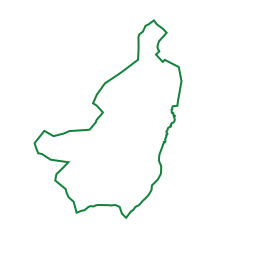 Garun Malam, Kano, Nigeria, rotated 222°
{"feature_id": "59680162B19163785016026", "entity_name": "Garun Malam", "entity_type": "district", "adm_level": 2, "iso_a3": "NGA", "parent_name": "Nigeria", "parent_adm1": "Kano", "projection": "robinson", "projection_center": [8.393, 11.657], "detail": "fine", "context": "isolated", "style": "outline", "palette": "green", "viewbox_px": 256, "rotation_deg": 222, "n_neighbors": 0, "source": "geoboundaries", "source_scale": "gbopen_adm2", "svg_char_len": 1942}
<svg xmlns="http://www.w3.org/2000/svg" viewBox="0 0 256 256"><g transform="rotate(222 128 128)"><path d="M109.5,30.7L107.1,35.5L105.4,37.6L104.5,43.0L103.5,45.0L101.4,46.3L100.2,48.8L99.0,50.5L97.2,52.0L95.1,53.9L89.7,58.6L89.1,58.7L85.9,62.3L81.5,63.8L75.2,60.3L69.3,60.0L70.0,67.8L69.2,70.9L69.7,74.1L68.2,78.2L68.3,84.0L68.0,86.5L67.8,91.4L68.4,94.7L69.2,98.0L71.8,101.3L71.3,109.6L72.8,115.7L74.1,117.6L76.2,120.0L77.9,121.9L83.2,124.4L86.7,129.0L89.3,135.5L90.3,138.1L91.1,139.5L91.1,140.4L91.5,140.9L92.0,141.6L91.6,142.0L91.0,142.2L91.1,142.8L91.4,143.4L92.0,143.8L92.9,144.5L93.3,146.1L93.8,147.3L94.5,147.8L94.8,148.4L94.5,149.6L94.8,150.1L95.4,150.3L96.3,150.3L96.9,150.9L97.2,151.9L97.2,152.7L97.5,153.3L97.7,153.8L98.2,154.3L98.1,155.1L97.9,156.0L97.5,157.0L97.1,157.8L97.2,158.5L97.6,158.6L98.3,158.7L98.4,159.2L98.5,159.9L98.7,160.5L98.6,161.4L98.1,161.9L98.0,162.5L97.9,163.4L98.1,164.2L98.6,165.3L99.8,166.3L101.1,166.8L101.3,167.9L101.2,168.4L101.7,168.5L102.3,168.3L102.7,167.9L104.0,169.2L104.6,169.3L105.2,168.6L105.8,168.8L106.4,169.4L107.0,169.9L107.8,170.6L107.6,171.5L108.0,172.1L108.6,172.4L109.3,174.0L108.7,174.8L106.2,177.5L109.7,182.8L114.6,190.7L119.6,198.6L131.0,207.3L146.3,203.2L146.4,200.4L156.3,201.3L156.1,206.0L158.4,206.6L160.7,208.3L163.0,213.1L163.0,224.6L168.1,225.1L176.2,224.3L180.7,225.3L181.5,221.7L181.9,219.3L183.3,215.6L182.2,212.1L181.4,209.6L182.2,205.1L181.1,202.6L173.7,194.6L166.2,185.5L170.2,164.8L172.5,155.6L175.0,145.7L173.5,132.0L170.5,123.0L166.1,123.7L157.1,122.8L156.7,118.8L156.9,115.5L156.8,114.5L156.6,112.4L155.7,110.7L155.4,101.2L157.0,99.3L169.5,86.5L171.9,81.1L177.9,72.1L188.2,69.9L187.3,54.4L187.0,54.2L185.8,53.4L183.7,52.1L181.0,50.7L177.9,49.2L177.6,49.3L174.4,51.1L173.6,51.2L164.3,52.7L159.0,56.2L149.4,62.7L149.7,53.4L150.3,45.8L147.2,40.7L146.9,40.3L133.4,40.9L130.0,38.6L125.7,36.8L119.0,36.8L109.5,30.7Z" fill="none" stroke="#15803d" stroke-width="2"/></g></svg>